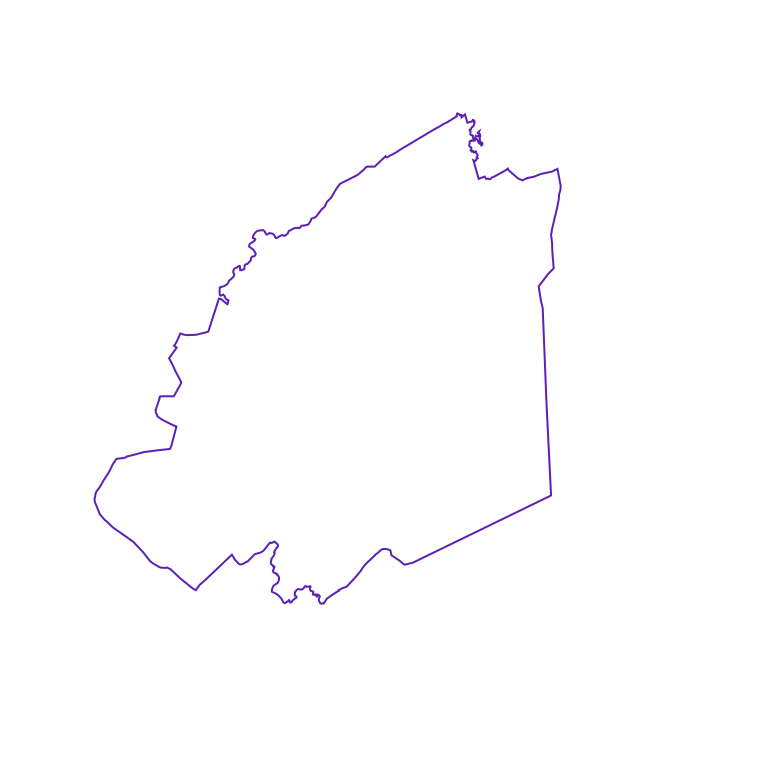 the district of Čornajas pag., Rezeknes, Latvia, rotated 301°
{"feature_id": "27541924B53190553604888", "entity_name": "Čornajas pag.", "entity_type": "district", "adm_level": 2, "iso_a3": "LVA", "parent_name": "Latvia", "parent_adm1": "Rezeknes", "projection": "robinson", "projection_center": [27.431, 56.389], "detail": "fine", "context": "isolated", "style": "outline", "palette": "violet", "viewbox_px": 768, "rotation_deg": 301, "n_neighbors": 0, "source": "geoboundaries", "source_scale": "gbopen_adm2", "svg_char_len": 6154}
<svg xmlns="http://www.w3.org/2000/svg" viewBox="0 0 768 768"><g transform="rotate(301 384 384)"><path d="M374.5,584.6L451.2,533.2L530.7,481.0L536.8,475.1L547.4,466.3L562.7,468.0L570.4,469.9L577.1,465.3L577.4,464.9L585.7,459.1L591.6,455.3L598.3,450.1L599.5,449.9L602.3,448.6L622.4,442.2L628.2,440.2L632.7,438.5L636.7,436.4L640.2,435.6L644.6,433.6L657.7,421.9L652.7,418.7L644.7,410.2L638.8,405.7L634.3,400.7L634.2,400.9L632.0,399.1L629.9,398.0L630.0,397.6L629.3,394.0L629.3,392.7L631.3,381.5L631.6,380.4L632.4,379.2L630.6,378.5L628.1,377.2L618.6,371.7L616.2,369.9L614.5,369.7L613.7,368.7L613.5,367.1L612.4,366.0L613.6,363.4L608.6,359.5L621.8,345.4L621.9,347.1L622.1,347.3L623.4,347.7L624.6,347.5L625.8,348.1L626.0,347.7L625.3,347.2L625.4,346.9L628.3,346.5L628.7,345.9L629.5,344.0L630.6,343.2L630.7,342.9L630.2,342.5L629.3,342.3L628.7,341.7L628.9,340.9L629.7,340.4L629.6,340.1L628.7,339.9L628.4,339.5L628.5,338.8L628.9,338.4L629.0,337.8L630.5,337.8L631.4,337.3L631.8,336.5L631.6,335.5L632.0,334.4L632.6,334.0L634.7,333.3L635.9,332.6L637.1,332.9L637.9,333.7L637.5,334.0L639.2,336.1L639.7,336.4L640.9,336.5L641.5,337.0L641.6,337.9L641.4,338.4L639.6,340.8L639.3,341.6L639.4,343.9L638.6,344.7L638.8,344.9L640.2,344.9L641.0,344.5L641.2,343.9L641.3,341.8L641.8,341.0L643.9,339.6L644.1,338.9L645.4,339.1L646.8,338.3L647.6,337.5L647.7,335.9L647.9,335.6L649.6,335.4L648.9,335.1L647.3,335.2L647.5,336.2L647.2,337.2L645.7,337.5L644.1,336.1L644.0,334.9L642.4,335.3L640.4,334.3L640.6,333.8L641.6,332.7L642.6,332.3L642.7,331.7L642.2,330.2L642.8,329.1L644.9,328.2L645.3,327.3L645.8,326.5L646.2,326.5L646.6,327.3L646.9,327.4L648.9,327.0L651.3,327.8L652.7,327.7L654.3,326.9L655.3,326.7L655.8,326.1L655.0,325.9L655.4,325.1L655.9,324.6L656.9,324.2L653.9,323.9L650.9,320.9L656.8,314.6L652.6,313.2L653.3,312.8L653.4,312.4L653.8,312.1L653.6,311.8L653.7,311.6L654.4,311.6L653.9,310.4L653.6,310.3L654.0,308.6L653.9,307.8L653.6,307.5L653.2,307.5L652.3,308.0L651.1,307.9L650.6,308.4L639.9,302.8L638.2,301.5L633.7,299.2L627.4,295.5L593.0,277.1L588.2,274.8L579.6,269.6L579.3,268.1L579.6,267.9L565.5,264.0L563.4,260.5L562.8,259.8L562.4,258.6L561.8,257.8L561.0,257.2L559.4,256.6L558.3,256.6L549.6,253.7L533.0,243.2L526.7,242.6L516.1,242.7L510.9,241.3L506.1,241.8L505.0,241.7L501.7,240.6L492.4,239.6L491.3,239.0L489.0,237.1L488.0,236.6L486.4,237.1L481.8,237.0L479.0,234.3L477.3,231.9L476.9,231.7L475.0,231.6L474.0,231.0L472.6,228.1L470.8,226.5L466.0,223.6L463.2,224.0L459.9,222.6L459.6,222.1L459.3,220.4L458.9,219.8L457.4,218.7L455.1,217.5L453.6,216.6L453.4,215.8L455.0,213.3L455.3,212.5L455.4,211.2L454.9,209.4L454.4,208.1L452.0,206.9L451.7,206.5L451.7,206.2L452.0,205.2L453.5,202.9L453.6,201.1L450.5,197.0L449.4,196.3L447.4,195.7L444.3,195.5L442.1,196.0L441.6,196.5L442.0,198.4L441.9,199.0L441.3,199.4L438.9,198.8L436.4,197.4L434.9,196.9L433.7,196.9L432.6,197.3L432.3,197.6L431.9,202.4L430.6,205.5L429.6,207.0L428.1,207.3L427.2,207.2L426.4,206.7L425.1,205.2L424.1,205.1L421.9,205.9L420.7,206.0L416.8,205.1L416.3,204.9L415.5,203.9L414.8,203.6L413.5,203.6L410.9,205.0L410.6,205.1L410.0,204.8L409.3,204.0L408.0,203.0L407.5,202.1L410.6,200.0L410.9,199.6L410.8,199.3L409.6,198.4L407.9,197.8L406.9,197.0L405.7,196.3L404.4,196.3L402.6,196.9L402.0,197.3L401.0,199.1L399.0,199.8L395.8,199.1L392.7,198.0L389.4,198.3L387.8,197.8L385.4,196.4L382.2,193.5L377.6,196.0L376.1,197.2L375.5,198.0L375.6,198.5L376.0,198.9L377.8,200.1L377.3,202.0L375.7,204.4L375.5,204.9L375.4,206.4L375.6,207.6L371.7,208.8L371.6,208.6L372.9,200.8L372.2,198.5L338.4,206.4L336.4,204.6L329.4,197.6L324.7,190.4L323.3,187.3L322.4,183.4L313.8,184.5L311.1,184.6L308.6,184.3L308.4,187.6L295.4,186.5L291.8,192.5L286.8,199.8L284.5,203.8L281.3,208.9L279.8,209.7L265.1,210.2L262.3,205.2L258.1,198.5L256.5,198.6L256.3,199.0L244.6,201.6L244.3,201.4L242.0,203.2L239.5,206.9L239.1,211.7L239.8,222.0L240.6,228.0L221.5,233.6L218.1,234.0L211.2,224.9L202.1,213.4L192.1,203.7L189.5,200.9L188.5,200.8L186.8,199.3L182.0,193.2L175.3,192.9L169.2,193.5L165.5,193.6L157.7,193.3L149.2,193.5L143.3,192.9L141.1,193.3L139.5,194.1L136.1,195.2L133.6,197.2L131.5,200.3L125.9,207.6L123.7,214.5L123.4,217.1L121.4,225.5L120.1,244.1L119.5,250.7L115.8,264.0L112.0,273.8L111.3,277.4L111.3,284.5L111.5,286.5L111.8,287.6L112.6,289.2L114.3,292.1L114.9,292.4L115.3,296.3L112.5,309.2L110.7,321.8L110.3,326.0L110.3,328.9L113.6,329.1L117.5,329.6L123.0,331.5L159.3,341.5L156.6,346.8L155.4,350.9L155.0,352.6L155.8,354.5L156.9,355.5L162.0,358.6L171.7,361.0L175.5,364.6L177.9,366.2L179.9,366.7L189.0,367.9L189.4,368.1L189.7,369.5L192.5,371.3L191.7,375.7L190.2,376.8L188.7,376.4L183.7,376.2L183.2,376.3L183.0,377.2L182.2,377.7L180.1,377.9L176.4,377.6L172.6,379.0L171.8,379.5L171.4,380.2L171.3,381.8L170.6,382.9L171.1,383.8L170.7,384.4L169.6,384.3L168.7,384.8L166.7,384.9L165.9,385.6L165.6,387.6L166.1,388.6L165.8,389.3L166.0,390.6L165.3,390.7L164.8,392.8L163.6,394.1L162.3,394.7L160.1,395.2L158.5,395.3L156.7,394.3L154.2,393.3L152.9,393.2L149.2,394.1L148.4,394.8L148.1,395.4L148.6,398.4L148.6,401.5L148.2,403.5L146.9,407.1L145.4,409.4L144.9,410.6L145.1,411.8L145.4,412.1L148.8,413.7L149.5,413.7L149.9,413.9L149.8,414.4L148.6,415.5L148.5,416.5L149.4,417.2L150.7,417.1L152.1,417.3L152.9,417.8L154.2,418.0L155.1,418.9L155.9,418.9L156.8,418.3L156.7,417.0L157.1,416.1L160.0,414.9L162.4,415.2L163.5,415.6L164.2,416.2L164.8,418.3L165.6,419.5L167.3,420.2L170.1,420.5L170.4,420.9L170.3,422.2L170.5,422.5L172.0,424.2L172.1,424.6L172.5,424.7L172.6,425.3L172.3,425.5L170.4,425.9L169.1,427.3L169.0,428.0L169.5,429.2L169.4,430.5L167.4,431.1L166.9,431.7L167.3,432.5L168.3,433.2L168.3,433.6L167.9,433.9L168.3,434.5L167.3,435.5L167.2,435.9L168.1,436.2L169.0,435.6L169.4,435.6L169.5,435.9L169.2,436.6L169.4,437.3L169.3,437.8L168.6,438.5L166.1,438.9L165.2,439.4L164.4,440.2L164.3,440.7L163.5,441.6L163.3,442.8L163.4,443.7L164.8,444.7L164.8,445.4L170.7,445.6L178.1,448.9L183.6,451.8L183.9,451.3L188.1,453.8L190.7,456.3L202.3,458.8L210.9,460.2L216.8,460.5L220.3,461.0L231.0,464.1L233.5,464.5L234.7,465.2L240.3,467.0L241.6,467.6L243.0,469.5L244.0,471.6L244.8,475.0L241.0,478.7L240.6,488.3L239.7,493.8L239.9,495.0L245.9,500.9L374.5,584.6Z" fill="none" stroke="#5b21b6" stroke-width="2"/></g></svg>